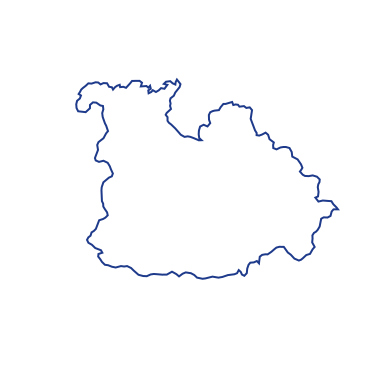 the district of Ribeirão Claro, Paraná, Brazil, rotated 112°
{"feature_id": "56859067B98534601158494", "entity_name": "Ribeirão Claro", "entity_type": "district", "adm_level": 2, "iso_a3": "BRA", "parent_name": "Brazil", "parent_adm1": "Paraná", "projection": "albers", "projection_center": [-49.782, -23.265], "detail": "fine", "context": "isolated", "style": "outline", "palette": "blue", "viewbox_px": 384, "rotation_deg": 112, "n_neighbors": 0, "source": "geoboundaries", "source_scale": "gbopen_adm2", "svg_char_len": 3467}
<svg xmlns="http://www.w3.org/2000/svg" viewBox="0 0 384 384"><g transform="rotate(112 192 192)"><path d="M288.2,205.8L287.0,202.4L283.9,199.4L282.3,196.7L281.1,192.9L279.8,188.7L278.0,184.4L273.4,180.7L273.7,178.0L274.0,175.7L275.1,172.4L271.3,170.1L268.9,167.7L267.7,162.6L268.1,158.8L269.5,155.3L268.5,149.7L267.1,147.2L262.8,141.3L261.5,135.4L259.4,132.0L255.6,127.6L252.4,121.9L250.4,119.8L246.9,119.4L247.8,116.9L249.8,114.8L250.1,112.1L246.7,110.8L242.3,112.1L238.3,112.3L235.7,111.5L234.1,108.3L231.7,106.0L233.0,103.2L230.5,103.9L226.6,104.9L224.0,103.4L222.3,100.7L221.5,98.5L217.9,96.1L214.0,94.1L211.9,92.9L210.1,90.5L208.5,86.3L210.8,82.7L212.2,80.5L213.1,77.0L215.4,72.1L215.5,67.2L213.9,65.5L211.9,64.4L207.6,62.4L205.2,59.4L199.9,58.7L197.0,57.7L193.7,61.7L190.0,62.8L187.1,64.1L184.2,63.6L182.4,62.2L180.1,61.3L176.2,60.7L168.4,62.2L166.2,60.4L164.9,56.8L162.3,54.6L157.8,55.2L155.1,54.3L153.4,50.2L152.2,52.2L150.4,56.4L148.3,59.3L150.9,67.5L153.5,71.2L151.0,75.5L148.9,73.5L144.5,74.7L140.4,77.2L137.5,77.8L135.1,77.5L132.5,78.3L131.0,81.9L131.4,86.3L133.6,89.8L134.8,93.3L134.5,95.8L132.6,99.6L130.3,99.0L128.2,98.7L125.5,101.3L122.2,106.3L121.6,112.3L117.6,114.5L114.7,118.1L115.1,121.8L116.0,124.1L117.6,126.7L120.8,129.6L120.8,133.1L118.0,134.4L115.4,134.7L114.0,139.9L110.4,142.9L109.4,146.0L112.5,148.6L114.5,150.8L115.1,153.4L113.0,154.2L111.3,156.6L102.2,165.0L93.6,167.0L91.9,170.2L93.7,173.1L92.9,176.0L95.1,180.0L93.9,182.0L94.5,184.4L95.9,186.3L93.5,188.5L97.8,193.9L98.6,195.9L102.6,197.2L106.0,197.7L108.1,201.6L109.4,203.3L111.3,205.0L114.3,205.2L118.6,203.3L121.3,200.9L125.4,202.2L125.3,206.4L128.3,209.0L132.4,208.6L136.0,207.4L139.3,205.5L140.4,202.6L141.5,205.0L141.4,210.9L141.5,214.3L142.0,216.8L143.7,219.6L143.1,223.9L141.5,227.0L139.3,231.4L137.2,236.6L136.4,239.5L135.1,241.4L131.8,242.7L130.3,245.3L128.2,245.1L122.9,242.6L120.4,244.6L118.0,245.0L115.6,246.7L113.2,247.0L109.5,244.9L106.1,244.8L99.4,242.8L96.3,243.1L95.1,245.1L93.4,248.1L96.3,248.3L98.6,247.7L98.5,250.6L97.4,253.7L99.5,257.4L102.3,258.6L101.9,255.0L106.6,256.2L107.3,259.6L110.2,260.9L112.8,262.9L112.3,266.5L114.5,267.2L116.7,269.2L114.2,270.6L111.7,268.9L109.2,270.7L111.6,271.6L110.8,273.9L113.3,279.0L109.4,279.3L108.6,282.2L110.0,285.7L111.5,289.2L114.5,290.1L118.0,291.4L120.1,292.2L120.2,295.1L121.7,297.9L119.7,299.2L121.6,301.3L123.6,302.6L126.6,303.6L124.9,305.5L125.5,308.3L123.0,311.5L124.2,314.9L126.5,317.1L125.6,319.9L126.4,322.5L129.1,325.7L130.1,328.8L133.5,330.4L136.6,332.2L138.6,333.1L141.0,333.3L143.6,333.8L144.1,331.1L147.3,331.0L150.5,332.7L154.0,332.2L157.4,330.5L159.8,327.8L157.8,320.5L152.6,318.0L149.5,319.2L146.0,317.4L145.0,314.2L146.1,309.4L145.6,306.8L148.5,305.2L152.5,304.8L155.9,302.9L161.0,298.4L162.7,296.4L167.0,292.7L169.8,293.6L175.3,294.2L180.8,297.4L183.9,297.5L188.2,294.9L196.9,294.7L198.8,293.1L198.9,289.5L196.2,285.8L196.5,281.1L198.9,277.9L201.3,275.7L204.5,272.3L207.5,272.2L209.8,274.4L216.2,277.8L221.4,277.5L224.3,276.6L234.2,272.1L236.1,270.0L238.7,268.8L240.3,266.7L242.7,263.1L245.2,261.4L248.2,262.7L250.3,264.3L253.0,267.5L262.2,267.3L264.9,268.4L267.1,270.0L270.5,269.7L272.9,271.1L275.7,271.4L277.9,269.0L278.4,265.1L280.2,260.7L280.1,254.6L281.9,252.4L284.5,255.5L287.0,254.8L288.8,251.7L290.5,249.4L292.1,245.5L291.3,242.3L291.3,238.3L290.6,234.5L287.3,230.1L286.5,227.0L285.0,224.4L285.3,220.0L286.7,216.6L288.8,210.6L288.2,205.8Z" fill="none" stroke="#1e3a8a" stroke-width="2"/></g></svg>